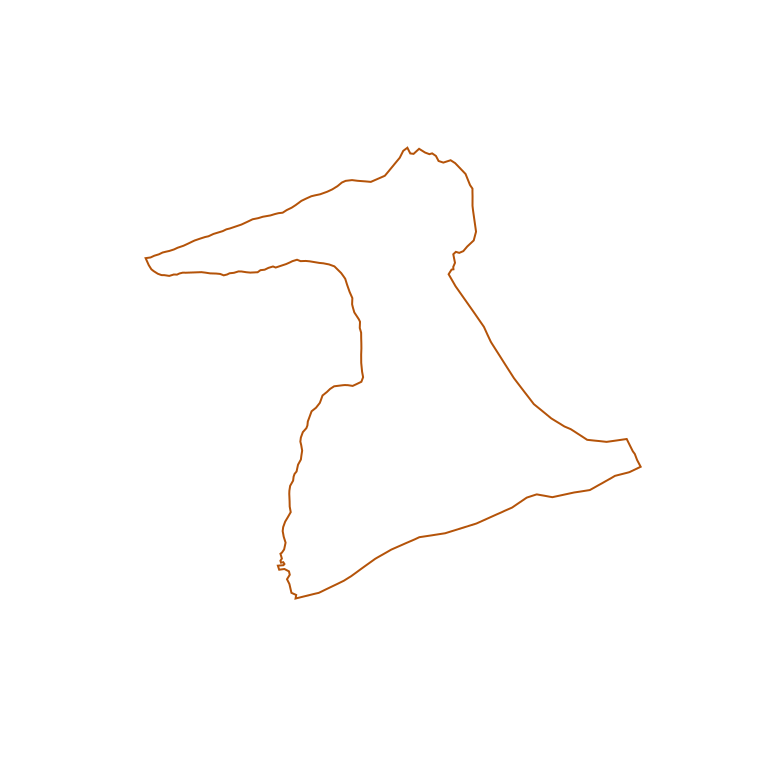 Donga, Taraba, Nigeria, rotated 203°
{"feature_id": "59680162B72688070781247", "entity_name": "Donga", "entity_type": "district", "adm_level": 2, "iso_a3": "NGA", "parent_name": "Nigeria", "parent_adm1": "Taraba", "projection": "mercator", "projection_center": [10.325, 7.657], "detail": "fine", "context": "isolated", "style": "outline", "palette": "amber", "viewbox_px": 768, "rotation_deg": 203, "n_neighbors": 0, "source": "geoboundaries", "source_scale": "gbopen_adm2", "svg_char_len": 3886}
<svg xmlns="http://www.w3.org/2000/svg" viewBox="0 0 768 768"><g transform="rotate(203 384 384)"><path d="M652.6,406.7L647.0,401.5L643.0,398.7L640.1,397.9L635.3,397.1L631.4,397.3L628.6,398.4L623.9,399.6L620.2,402.7L617.3,403.8L615.5,405.8L612.7,407.9L609.9,409.0L605.2,411.2L600.5,413.4L595.8,415.6L592.0,416.7L587.3,417.9L581.6,420.1L577.8,421.3L574.0,421.4L571.2,423.5L569.4,425.6L565.6,427.7L561.9,430.8L559.1,431.9L554.4,433.1L550.6,434.3L544.0,437.5L542.2,440.5L538.5,442.6L535.8,445.7L532.1,448.8L529.2,448.9L520.9,456.2L518.1,459.2L516.3,461.3L512.6,464.4L508.8,464.5L504.1,466.7L500.3,467.9L490.8,470.2L487.0,471.4L484.6,471.9L481.3,472.6L475.6,472.9L466.8,469.4L463.8,467.6L460.8,465.7L456.8,461.0L451.7,455.4L446.7,450.7L444.5,444.9L442.4,442.1L439.3,438.3L432.4,433.7L430.4,431.9L428.2,426.1L425.1,422.3L423.0,417.5L420.8,412.7L418.7,407.9L416.5,402.1L413.2,394.5L409.0,386.8L405.9,382.1L405.7,377.2L409.3,373.1L412.1,370.0L416.8,368.8L419.7,367.7L421.4,366.8L429.0,362.4L431.7,358.4L433.4,354.4L436.1,349.4L435.8,344.5L435.7,341.5L437.3,335.6L440.0,330.6L439.6,322.7L439.5,319.8L438.3,315.9L438.2,313.0L439.9,308.0L439.6,302.2L438.5,298.3L436.4,295.5L433.3,290.7L432.1,285.9L431.0,282.0L431.6,276.1L430.3,269.3L431.2,266.3L431.0,263.4L429.9,259.5L430.6,253.6L429.4,248.8L428.3,245.9L425.1,239.2L422.9,234.3L419.8,229.6L420.5,223.7L421.2,218.7L420.9,212.9L419.8,209.0L418.2,206.6L416.7,204.3L412.6,199.5L411.3,192.7L412.1,188.8L413.0,187.3L409.8,183.4L410.3,180.9L409.0,179.3L407.1,180.6L405.3,179.4L405.8,177.9L410.7,175.3L407.9,172.1L403.4,174.8L398.3,174.4L396.2,171.6L397.0,166.4L392.9,162.9L387.6,155.6L382.4,155.5L381.6,152.0L365.3,164.2L362.5,166.2L360.8,168.1L357.6,171.8L352.5,177.6L348.6,182.0L346.8,184.1L344.1,187.2L340.4,192.5L339.3,194.0L336.1,199.3L333.2,204.2L330.3,209.0L325.4,217.0L323.9,219.5L322.5,221.4L317.9,227.4L315.0,231.2L312.6,234.4L307.8,239.5L304.5,243.0L301.7,246.0L295.1,252.9L291.6,256.8L280.5,263.6L278.6,264.8L269.4,270.5L244.4,291.7L236.9,299.8L233.2,303.8L229.5,307.8L225.7,311.8L223.3,314.5L217.8,320.3L214.8,325.0L208.8,334.3L208.1,335.3L201.2,341.3L200.2,342.1L196.6,342.9L192.8,343.8L187.8,344.9L184.8,345.6L166.5,358.5L161.9,361.3L153.1,366.8L150.2,370.5L147.3,374.3L144.3,378.1L141.8,381.4L138.0,386.3L135.5,389.7L125.1,397.6L123.6,398.8L115.4,408.1L121.4,413.0L125.8,417.6L128.7,419.3L133.5,423.4L139.1,428.2L147.5,423.1L156.5,417.7L163.5,415.6L167.3,414.4L172.9,412.7L175.2,412.0L180.1,412.9L186.4,414.0L190.3,414.7L194.5,415.4L201.3,415.4L204.6,415.9L205.7,416.1L210.6,416.8L216.6,417.7L229.1,421.4L238.2,424.0L245.4,428.1L251.5,431.5L259.4,436.0L266.6,440.1L276.4,446.8L284.4,452.3L286.1,453.5L292.8,458.1L300.8,463.6L302.3,464.7L308.1,469.9L314.3,475.6L329.6,485.3L354.2,500.6L356.3,501.9L367.4,510.3L366.5,515.7L364.9,516.7L366.0,518.8L366.0,523.3L369.1,527.8L370.9,530.5L369.5,533.7L366.0,534.1L362.9,537.3L361.1,543.1L357.5,551.2L358.8,560.2L369.1,577.3L370.4,579.5L372.2,582.7L375.8,591.3L377.6,595.3L378.9,598.4L382.5,600.7L391.0,609.2L404.8,615.1L410.1,616.0L415.9,611.0L420.9,610.6L425.3,614.2L429.8,615.1L432.0,613.3L436.6,613.1L443.6,614.2L446.7,607.4L449.9,606.5L454.8,610.6L455.1,610.0L455.8,608.9L457.4,606.1L457.9,598.4L459.5,593.1L462.1,584.3L463.6,579.2L464.6,576.0L475.1,564.9L479.8,563.4L487.8,560.7L493.1,559.2L498.7,556.0L501.5,553.0L504.1,548.0L507.7,542.9L511.4,538.8L516.9,533.7L521.5,530.5L524.3,528.4L528.0,524.4L531.6,520.3L535.2,514.2L537.9,510.2L541.5,506.1L544.2,502.1L547.9,500.0L550.7,497.9L554.4,494.8L560.9,490.6L564.6,487.5L569.3,484.3L572.9,480.2L577.5,475.1L582.1,471.0L583.0,470.2L586.7,466.9L589.5,464.8L592.2,461.7L595.9,458.6L599.6,455.5L603.3,451.4L606.1,449.4L609.7,446.3L614.4,442.1L616.2,440.1L618.9,437.0L622.6,432.9L627.2,428.8L629.9,425.8L633.6,422.6L636.4,420.6L639.2,418.5L641.9,415.4L645.6,412.3L648.3,409.3L652.6,406.7Z" fill="none" stroke="#b45309" stroke-width="2"/></g></svg>